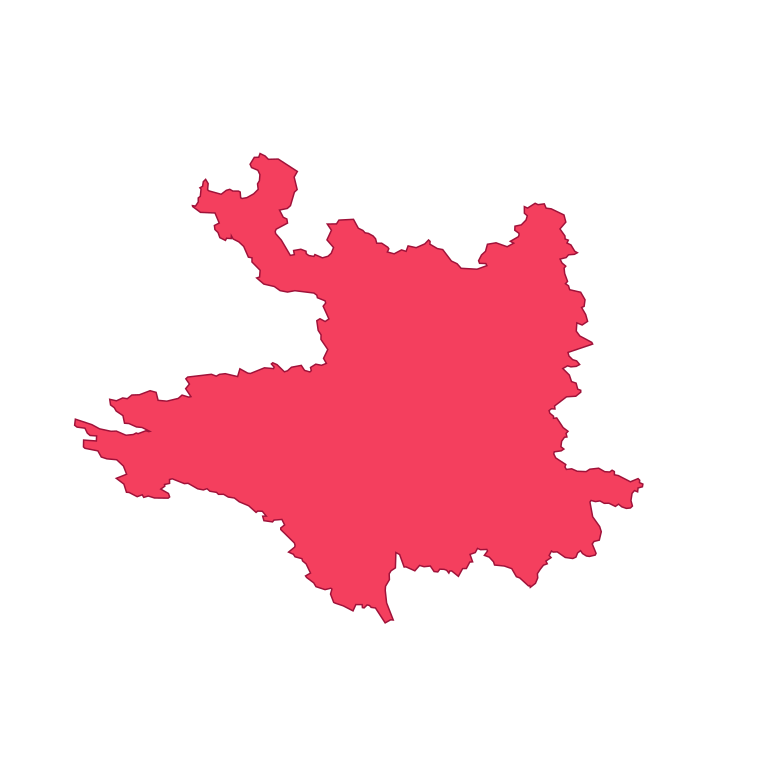 outline of Yunnan, rotated 290°
{"feature_id": "CHN-1810", "entity_name": "Yunnan", "entity_type": "Province", "adm_level": 1, "iso_a3": "CHN", "parent_name": "China", "parent_adm1": "", "projection": "equal_earth", "projection_center": [102.236, 25.179], "detail": "fine", "context": "isolated", "style": "filled", "palette": "rose", "viewbox_px": 768, "rotation_deg": 290, "n_neighbors": 0, "source": "natural_earth", "source_scale": "10m", "svg_char_len": 6171}
<svg xmlns="http://www.w3.org/2000/svg" viewBox="0 0 768 768"><g transform="rotate(290 384 384)"><path d="M384.4,575.3L381.8,573.4L378.5,567.2L376.4,567.4L373.3,570.6L370.5,582.4L367.9,582.4L366.1,584.6L368.5,589.4L368.1,595.4L370.8,603.9L374.3,606.5L378.3,614.5L377.1,621.4L378.5,626.2L381.0,627.8L380.5,630.4L377.5,631.6L378.1,635.5L376.4,649.0L382.0,655.1L381.0,657.2L378.7,657.8L378.5,661.5L375.8,662.0L373.2,658.3L369.4,659.2L369.5,655.8L366.1,654.5L359.0,655.9L354.3,659.2L351.8,658.0L350.0,654.3L349.9,649.5L351.3,645.5L348.1,643.3L348.9,636.1L347.2,631.8L348.0,626.9L345.8,622.9L345.4,618.4L343.5,617.9L330.6,625.5L323.8,635.4L319.5,638.7L310.9,639.7L307.9,635.2L304.9,634.4L297.4,641.2L295.5,641.0L292.2,636.0L291.6,633.0L292.6,628.5L294.6,625.7L291.5,623.7L287.0,623.6L284.6,621.1L283.0,613.6L285.5,604.2L283.9,600.4L284.3,598.5L279.4,597.8L278.0,600.4L273.0,596.7L270.9,598.9L268.3,595.8L263.4,594.2L258.2,593.0L254.4,594.8L248.5,594.5L242.9,591.0L244.5,589.9L243.7,588.8L248.2,577.9L248.2,574.3L254.2,567.2L254.1,559.3L251.7,549.8L254.4,547.7L257.3,542.1L257.3,536.9L262.5,538.4L263.7,537.2L261.3,531.3L261.5,528.1L256.8,527.4L253.3,523.1L247.2,528.1L246.0,525.5L238.8,524.5L237.4,521.0L228.7,519.7L231.5,511.5L230.7,509.7L228.5,509.6L230.4,506.6L230.4,503.9L229.1,499.8L225.8,498.8L224.9,495.2L228.8,489.8L226.0,484.1L225.7,479.5L219.0,476.9L219.7,467.2L218.9,465.5L229.1,457.0L229.7,452.8L215.1,457.6L210.9,454.5L207.4,453.8L202.0,456.0L194.4,454.6L190.4,455.8L179.2,461.3L165.4,473.4L164.7,470.9L159.9,466.8L170.6,452.6L169.7,448.3L170.9,446.1L170.6,443.7L166.8,441.9L166.5,440.2L169.2,438.9L167.1,433.0L160.2,432.5L161.6,421.6L161.4,412.9L161.6,411.4L168.3,405.6L173.5,405.2L173.9,403.9L170.6,398.9L170.3,389.4L173.1,386.0L175.7,377.5L176.8,375.9L181.2,379.6L188.3,372.4L189.9,368.0L191.8,366.6L191.2,359.5L193.0,357.1L193.4,351.8L200.3,355.9L202.2,355.5L204.0,354.1L211.9,336.8L213.4,336.2L217.6,338.8L221.8,334.4L218.5,327.2L216.3,326.4L214.5,317.9L218.3,315.2L219.6,318.5L222.8,313.2L221.4,308.8L219.6,307.7L223.3,298.5L223.8,288.3L225.7,282.4L224.5,276.3L225.5,271.0L223.7,266.2L224.9,263.7L223.7,257.1L225.1,253.5L222.7,250.5L221.8,244.8L223.7,233.8L222.1,230.5L222.5,217.5L220.9,215.1L217.3,216.5L214.5,212.1L213.0,213.0L208.9,210.2L207.4,218.9L204.6,221.2L202.9,220.2L198.4,207.3L198.1,200.8L195.3,197.0L197.2,194.7L193.7,190.6L194.9,181.6L194.2,179.0L201.0,173.8L203.8,164.7L211.2,173.0L217.8,167.2L221.4,158.7L218.9,149.2L218.7,143.3L223.3,138.0L221.3,125.0L222.1,123.1L228.6,120.9L232.1,133.2L236.9,131.7L235.1,125.4L236.4,122.0L240.2,118.1L238.5,110.3L239.4,107.4L245.4,106.0L245.9,123.4L244.6,132.1L246.2,143.7L248.2,148.6L247.6,159.1L250.8,165.7L253.2,167.9L253.2,169.9L258.6,176.2L258.8,179.3L259.4,180.2L260.4,171.5L259.0,166.1L259.6,157.8L258.4,153.6L265.0,149.5L267.0,141.6L269.5,138.6L270.8,134.2L275.8,131.5L276.7,138.3L281.5,143.2L282.4,147.8L287.4,150.8L290.2,157.8L297.7,166.5L298.2,172.7L291.4,177.3L293.6,185.8L300.1,195.6L304.5,198.0L304.9,205.0L306.1,206.9L311.8,199.2L317.4,201.2L321.1,196.0L323.4,197.2L334.1,218.5L334.0,223.7L336.8,226.1L339.4,231.3L340.9,243.9L349.0,243.4L347.6,252.3L348.2,254.9L358.3,266.1L360.7,274.9L362.3,275.0L364.3,271.3L365.9,272.2L365.6,276.9L361.4,286.2L363.4,288.8L368.1,291.3L373.2,299.9L369.6,304.7L370.0,310.2L371.7,311.1L374.4,309.3L379.3,313.1L380.2,318.9L383.7,322.8L387.4,318.4L397.2,319.4L404.3,309.5L408.7,308.0L411.9,303.8L420.5,299.2L423.4,301.5L422.6,307.3L426.3,310.0L436.3,300.2L440.1,301.5L442.0,300.2L442.3,291.9L444.5,290.5L445.5,287.0L441.2,268.3L437.4,261.9L436.2,254.4L438.1,247.6L436.8,236.9L440.1,228.1L442.0,230.5L448.5,228.7L453.5,218.2L457.4,216.8L456.8,213.2L465.3,205.1L467.9,199.0L468.7,192.5L471.0,189.9L468.4,190.7L467.1,186.2L464.7,185.9L465.4,179.7L469.6,176.2L471.3,172.3L474.9,170.4L478.9,174.1L486.9,166.7L482.5,152.8L485.3,143.5L486.1,143.0L486.7,146.0L491.5,147.2L495.3,145.8L497.5,147.2L504.6,145.4L505.4,143.9L507.7,145.9L512.3,145.0L515.3,146.4L512.2,150.2L506.2,151.8L505.6,153.5L506.6,166.1L512.1,169.6L514.2,172.5L513.6,176.0L515.5,181.3L515.2,183.2L510.0,185.6L509.8,187.2L512.2,191.4L518.1,196.5L523.9,199.2L528.8,196.7L532.4,197.4L538.3,195.8L541.7,192.4L542.1,185.5L544.7,183.0L552.6,184.6L554.2,188.7L558.2,188.7L557.6,194.3L555.6,198.5L559.2,207.7L554.1,229.9L547.7,228.8L537.0,235.9L533.6,234.2L519.6,235.1L515.9,233.1L511.7,226.3L506.2,232.3L505.8,236.3L502.2,238.3L492.6,229.7L490.2,229.6L488.3,230.7L484.1,238.3L472.8,252.0L474.9,255.5L478.5,253.4L482.2,259.8L482.1,265.3L479.9,266.3L479.0,269.4L479.9,274.5L482.0,274.8L481.5,283.0L484.9,287.7L488.8,289.7L495.0,289.9L499.9,281.1L510.5,282.0L514.9,276.0L518.2,284.6L522.6,285.6L528.3,299.0L521.6,306.6L521.1,311.6L519.6,314.5L520.2,317.8L519.4,323.1L517.6,326.4L513.8,329.0L515.5,333.7L513.8,340.8L512.7,342.3L509.2,342.0L509.8,349.0L516.0,354.6L516.2,359.4L522.0,359.4L523.1,367.6L529.6,374.4L534.6,376.6L533.8,378.5L531.1,379.3L529.5,387.8L530.4,393.2L522.6,405.3L522.0,411.6L519.1,416.9L523.7,432.2L530.4,440.2L532.0,438.5L530.1,432.5L532.2,430.7L538.6,431.5L543.4,434.0L550.7,433.4L555.0,441.0L555.1,452.8L560.7,457.7L561.3,453.9L568.4,459.9L570.4,459.9L571.8,459.2L573.2,454.3L577.1,453.1L580.5,458.6L586.7,461.4L591.1,461.1L592.5,457.5L598.7,455.2L598.4,458.7L605.5,464.2L605.2,467.4L608.1,473.0L604.7,476.2L605.8,481.2L604.4,495.3L598.3,499.5L589.9,496.3L585.0,503.4L582.2,504.6L582.2,508.0L579.1,507.7L578.6,512.1L574.0,517.8L573.5,520.8L571.0,518.6L568.5,513.2L565.1,511.9L561.6,506.7L558.6,509.9L556.9,514.5L554.5,513.6L549.6,516.0L543.2,521.4L540.3,520.2L539.4,523.8L536.1,526.2L537.5,537.4L531.9,544.1L525.4,545.5L523.5,543.5L518.2,549.8L512.5,553.9L507.2,550.0L507.4,544.3L499.4,546.6L496.1,551.6L494.2,565.0L492.9,566.4L476.6,546.1L473.6,548.2L471.4,552.9L471.6,557.1L469.2,561.2L466.3,558.6L464.0,553.7L463.9,550.3L459.7,546.7L455.8,555.1L450.4,559.4L450.5,564.2L445.4,567.8L445.4,571.0L443.6,571.7L438.1,568.4L434.4,559.9L421.7,551.8L419.0,553.2L418.0,549.8L415.5,548.2L413.3,549.8L411.7,554.3L409.7,555.0L411.2,557.9L404.3,567.2L402.5,573.1L399.8,572.0L396.8,574.0L395.7,571.8L391.0,570.5L385.6,571.7L384.4,575.3Z" fill="#f43f5e" stroke="#9f1239" stroke-width="1.5"/></g></svg>